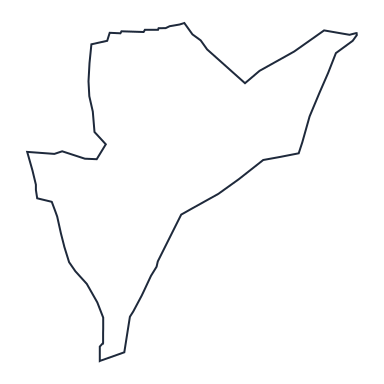 Gubadag, Tashauz, Turkmenistan (orthographic projection)
{"feature_id": "10190150B74382957458545", "entity_name": "Gubadag", "entity_type": "district", "adm_level": 2, "iso_a3": "TKM", "parent_name": "Turkmenistan", "parent_adm1": "Tashauz", "projection": "orthographic", "projection_center": [57.511, 41.081], "detail": "fine", "context": "isolated", "style": "outline", "palette": "slate", "viewbox_px": 384, "rotation_deg": 0, "n_neighbors": 0, "source": "geoboundaries", "source_scale": "gbopen_adm2", "svg_char_len": 1256}
<svg xmlns="http://www.w3.org/2000/svg" viewBox="0 0 384 384"><path d="M343.1,33.7L324.1,30.4L294.2,51.5L259.6,70.8L245.0,83.2L207.1,49.4L200.7,40.4L192.9,34.7L192.5,34.4L192.4,34.3L184.3,23.0L179.6,24.5L173.3,25.6L169.7,26.2L165.7,28.1L161.0,28.2L158.6,28.2L158.2,29.2L158.0,29.8L145.1,29.8L144.9,29.8L144.4,30.7L143.6,32.0L121.5,31.3L120.4,33.3L109.7,32.8L107.2,40.8L91.4,44.3L89.5,63.2L88.5,81.3L89.3,96.2L92.8,111.6L94.5,132.0L105.8,144.3L96.7,159.2L84.9,158.7L62.2,151.3L54.4,153.9L27.2,151.9L32.5,170.6L35.9,184.7L35.9,189.9L37.2,198.3L51.3,201.7L51.8,201.9L55.3,211.3L57.2,216.6L60.9,233.3L64.2,246.2L64.2,246.4L69.1,262.2L75.4,271.3L86.8,283.9L97.3,302.4L103.2,317.6L103.2,328.1L103.2,328.7L103.1,332.8L103.1,343.0L102.9,343.2L102.9,343.6L102.5,343.6L99.8,346.6L99.8,359.6L99.8,360.8L99.8,361.0L100.4,360.7L102.5,360.0L124.0,352.4L124.3,352.3L126.9,335.8L129.9,316.8L130.7,315.5L133.3,311.4L141.6,295.8L143.9,291.0L151.0,275.8L156.6,266.7L156.7,266.2L157.8,261.4L181.2,214.6L184.6,212.7L192.2,208.4L218.3,193.9L238.8,179.2L263.2,160.0L280.3,156.9L298.7,153.3L302.3,142.3L309.6,116.4L319.6,92.5L328.1,73.0L335.9,53.1L352.7,40.8L356.8,35.1L356.6,33.1L356.2,33.1L351.8,34.2L349.6,34.8L343.1,33.7Z" fill="none" stroke="#1e293b" stroke-width="2"/></svg>